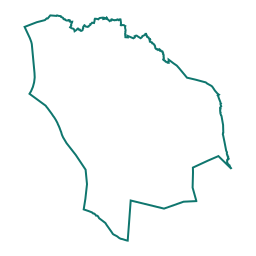 Stange nor, Hedmark, Norway
{"feature_id": "86288312B89753737771336", "entity_name": "Stange nor", "entity_type": "district", "adm_level": 2, "iso_a3": "NOR", "parent_name": "Norway", "parent_adm1": "Hedmark", "projection": "orthographic", "projection_center": [11.491, 60.626], "detail": "fine", "context": "isolated", "style": "outline", "palette": "teal", "viewbox_px": 256, "rotation_deg": 0, "n_neighbors": 0, "source": "geoboundaries", "source_scale": "gbopen_adm2", "svg_char_len": 5363}
<svg xmlns="http://www.w3.org/2000/svg" viewBox="0 0 256 256"><path d="M96.8,18.9L95.0,18.7L94.8,19.0L94.8,19.4L94.6,19.7L94.6,20.7L94.0,23.0L92.1,22.7L91.4,23.6L90.4,24.1L90.5,24.3L90.4,24.8L89.0,25.9L88.4,26.3L88.4,26.6L87.6,26.9L85.7,26.5L85.3,26.2L84.5,25.2L84.3,25.3L84.2,25.5L83.2,26.9L83.2,27.4L83.2,27.8L83.0,28.1L83.1,28.4L82.9,28.6L82.8,29.2L82.5,30.2L81.9,30.6L81.1,30.9L80.5,30.7L80.1,29.9L79.7,29.5L79.1,29.8L78.9,29.7L78.6,29.2L78.1,28.8L78.0,28.5L77.8,28.5L77.3,28.9L77.1,29.3L76.4,30.0L74.6,31.2L74.4,30.3L74.1,29.7L73.8,29.1L73.3,28.7L72.0,28.4L70.1,27.3L70.4,26.8L70.8,26.3L71.2,25.9L71.3,25.7L71.0,24.9L71.8,22.7L72.0,22.5L72.1,22.2L72.2,21.7L71.9,21.7L71.3,22.0L71.0,22.0L70.8,21.9L69.8,21.6L69.5,21.4L69.5,21.2L69.6,20.9L69.9,20.6L69.8,20.3L68.8,20.0L68.5,20.0L67.6,20.5L67.0,20.6L65.5,20.1L65.4,20.0L65.3,19.8L65.1,19.4L64.7,19.2L64.0,19.3L63.5,19.0L63.3,18.6L63.3,18.3L62.8,17.7L61.0,16.9L60.9,16.8L60.9,16.3L60.6,16.1L58.7,15.9L57.0,15.4L56.5,15.9L50.3,15.4L47.7,18.5L47.3,18.5L46.7,18.4L44.9,20.1L36.8,22.2L24.6,26.9L29.9,38.2L31.3,42.0L31.8,44.1L34.5,73.0L34.7,77.4L34.4,80.1L34.1,82.4L32.9,86.9L31.1,91.1L29.5,93.8L45.7,105.7L46.6,107.0L47.4,107.9L51.8,113.9L53.1,115.9L54.1,117.2L55.8,119.9L57.5,123.1L58.0,124.5L58.5,125.4L59.5,127.7L60.7,131.0L61.1,131.9L61.9,134.7L63.1,137.4L66.1,142.4L66.5,143.1L75.8,155.0L85.6,169.7L87.0,184.2L85.4,198.7L83.7,209.4L88.7,211.1L92.0,212.4L92.1,212.6L92.7,213.0L92.9,213.3L93.2,213.3L93.5,213.5L93.9,213.5L94.3,213.8L94.5,213.8L95.7,215.0L96.0,215.6L97.2,215.7L97.8,216.1L98.6,217.3L99.1,218.2L99.4,218.5L99.9,218.8L105.4,223.0L106.5,224.8L111.8,232.3L112.8,233.9L113.6,234.5L116.7,236.1L117.6,236.7L118.9,237.8L120.5,238.7L122.7,239.2L126.5,240.4L127.7,240.6L128.9,224.9L130.7,200.5L164.0,208.6L183.6,201.7L196.3,201.1L196.3,200.8L192.6,187.6L193.0,172.4L192.9,167.6L207.8,160.7L218.4,156.1L231.4,168.8L231.3,168.5L230.8,167.9L230.2,167.1L230.1,166.7L229.8,166.4L229.8,166.1L229.5,165.3L228.9,165.1L228.7,164.8L228.3,164.2L227.6,163.7L227.4,163.3L227.4,162.7L227.2,162.2L227.1,161.1L227.2,160.5L227.1,160.1L228.1,159.5L228.3,159.3L228.3,159.1L228.7,158.8L228.7,158.5L228.4,158.2L227.9,158.1L227.9,157.8L228.1,157.4L228.1,157.2L228.2,156.8L227.9,156.2L227.5,156.0L227.3,155.4L227.4,155.0L227.1,154.7L226.9,154.1L226.8,153.6L227.0,152.6L226.8,152.3L226.8,152.0L226.8,151.8L226.2,150.8L224.5,142.0L223.1,135.2L223.0,134.9L222.9,134.7L222.8,134.1L223.0,133.7L223.0,133.2L223.0,132.9L223.3,132.7L223.1,126.1L223.1,125.1L221.5,116.0L221.3,115.6L221.0,115.3L221.0,115.0L220.6,114.0L220.4,113.4L220.4,113.0L220.5,112.9L220.6,112.5L220.3,112.2L220.2,112.0L220.2,111.4L220.3,111.1L220.1,110.3L220.3,109.8L220.2,109.7L220.2,109.2L220.4,108.8L220.1,108.7L220.1,108.3L220.1,108.1L220.1,107.6L220.3,107.3L221.0,106.7L221.2,106.3L221.1,106.2L220.8,105.2L220.5,104.4L220.5,103.9L220.5,103.7L220.8,103.5L220.7,103.4L220.6,103.2L220.5,102.7L220.5,102.4L220.4,102.2L218.6,97.6L218.5,97.0L218.3,96.5L218.3,96.3L217.7,95.4L218.0,95.2L218.5,95.1L218.6,94.7L218.8,94.6L217.4,93.5L214.9,90.6L212.6,87.1L211.6,86.0L207.1,83.5L206.8,83.3L206.7,83.1L205.6,82.3L205.0,82.2L195.7,79.7L190.2,78.4L187.0,77.7L179.1,68.2L176.8,65.6L173.6,63.4L168.6,59.6L168.7,61.2L168.6,62.1L168.7,62.7L168.7,62.8L167.5,62.7L167.3,62.2L166.8,61.9L166.0,61.9L165.3,61.4L165.1,61.0L165.0,60.7L164.1,60.4L163.5,60.0L163.3,59.7L163.2,59.5L163.5,59.2L163.9,58.8L163.9,58.7L163.6,58.3L163.7,58.0L163.7,57.7L163.8,57.5L163.8,57.3L163.6,56.9L163.5,56.7L163.7,56.0L163.7,55.6L163.6,55.4L163.5,55.2L163.6,54.8L163.3,54.3L163.1,54.2L163.2,53.3L162.9,53.1L162.9,52.4L162.5,51.5L162.2,51.4L162.0,51.5L161.6,51.5L161.5,51.4L161.6,51.2L161.0,51.1L160.7,50.8L160.7,50.4L160.6,50.2L160.1,49.8L160.1,50.1L159.7,50.5L159.1,49.9L158.9,49.4L158.5,49.4L157.9,49.9L157.7,49.7L157.5,49.2L157.1,49.2L156.6,49.3L156.5,49.2L156.5,48.9L156.1,48.7L155.8,48.7L155.5,48.2L155.3,48.0L155.3,47.8L155.2,47.5L155.2,47.2L155.1,46.6L155.0,45.9L154.9,45.8L154.5,45.5L154.5,45.1L154.4,44.9L154.3,44.6L153.9,44.3L153.3,43.7L152.8,43.6L152.3,43.4L152.3,43.2L152.3,42.9L152.1,42.5L151.6,42.5L151.4,42.3L151.0,42.0L149.9,41.7L149.9,41.4L149.8,41.2L149.8,40.9L149.8,40.5L149.6,39.9L150.0,39.7L149.9,39.6L149.9,39.1L149.4,39.2L149.4,38.9L148.9,38.4L148.6,37.5L148.3,37.3L147.8,37.3L147.6,37.1L147.5,36.9L147.3,37.0L147.0,36.8L146.8,36.3L146.8,35.8L146.7,35.3L146.4,35.1L146.3,34.6L146.2,34.4L146.1,33.9L145.4,33.9L145.3,34.1L145.5,34.5L145.5,34.9L145.0,34.9L144.5,35.1L143.8,35.5L142.4,36.1L142.3,36.3L142.2,36.7L141.7,37.4L140.6,38.2L137.4,36.2L136.8,35.7L136.5,35.6L135.4,35.8L135.0,36.2L134.7,36.3L134.9,36.7L134.8,37.4L133.4,38.3L127.7,35.9L127.9,37.0L127.9,37.4L125.4,37.2L125.3,34.7L125.2,34.7L125.2,34.4L125.1,33.7L125.4,32.6L125.4,31.8L125.3,31.4L125.6,30.8L125.5,29.6L125.1,28.0L125.1,26.9L125.3,26.1L124.9,26.0L124.2,25.3L122.9,25.0L121.3,25.3L120.8,25.2L121.0,23.0L120.5,19.4L120.1,19.3L119.6,19.4L119.4,19.7L119.0,20.0L118.4,20.2L117.7,19.4L117.3,19.5L116.9,19.6L116.6,19.9L116.0,20.2L115.1,20.0L114.5,20.3L112.6,19.8L112.5,19.6L111.8,19.3L111.5,19.4L111.5,19.9L111.3,20.5L110.5,20.4L110.2,20.8L109.9,20.9L109.7,21.1L107.5,19.1L107.1,18.4L106.9,17.8L106.7,17.6L106.4,18.2L106.2,18.8L105.2,18.4L105.2,18.7L103.2,19.1L103.1,18.7L103.0,18.4L103.0,18.2L103.1,17.9L103.5,17.7L103.0,17.6L99.8,18.0L98.9,18.6L98.4,19.3L96.8,18.9Z" fill="none" stroke="#0f766e" stroke-width="2"/></svg>